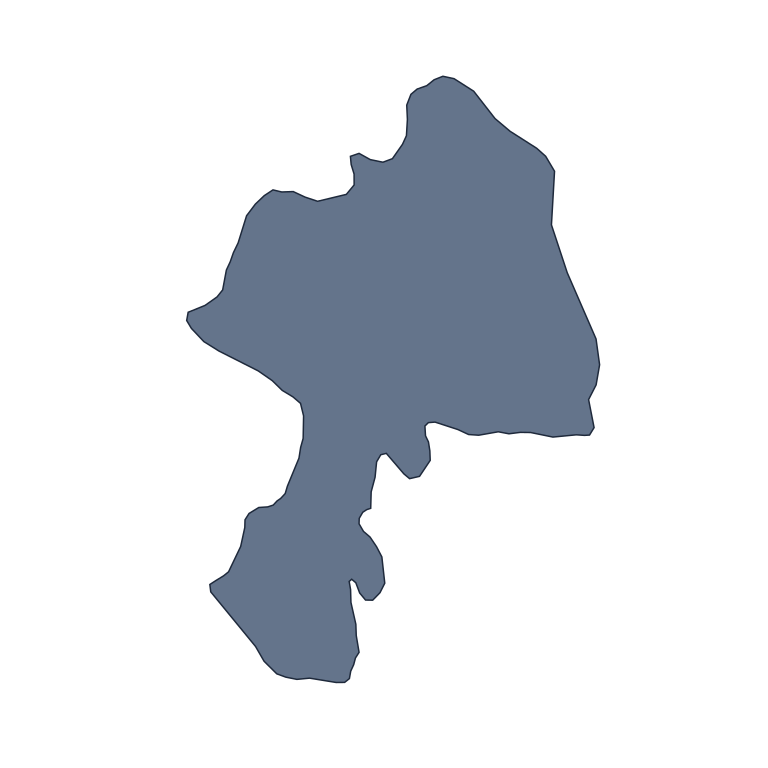 SVG path tracing the border of Dhamar, rotated 331°
{"feature_id": "YEM-153", "entity_name": "Dhamar", "entity_type": "Governorate", "adm_level": 1, "iso_a3": "YEM", "parent_name": "Yemen", "parent_adm1": "", "projection": "equal_earth", "projection_center": [44.123, 14.553], "detail": "fine", "context": "isolated", "style": "filled", "palette": "slate", "viewbox_px": 768, "rotation_deg": 331, "n_neighbors": 0, "source": "natural_earth", "source_scale": "10m", "svg_char_len": 1827}
<svg xmlns="http://www.w3.org/2000/svg" viewBox="0 0 768 768"><g transform="rotate(331 384 384)"><path d="M204.9,625.9L197.5,621.9L176.3,605.2L164.6,600.1L156.0,592.8L149.7,585.5L144.7,568.4L144.4,551.3L131.7,481.8L134.5,474.9L141.8,474.4L150.7,474.0L157.0,472.9L179.9,456.6L192.7,442.0L196.6,435.4L203.2,431.8L214.6,431.3L222.7,435.1L228.4,436.2L233.9,434.4L238.1,434.0L244.5,431.9L250.0,426.5L273.7,407.6L280.4,399.0L286.9,392.4L298.2,372.9L301.6,360.5L298.1,351.1L291.9,340.3L287.9,326.9L280.3,311.5L255.7,275.3L247.0,259.6L242.5,242.0L242.2,232.8L247.5,226.3L265.6,228.5L280.2,226.9L288.5,223.5L301.4,207.9L308.7,202.6L316.0,196.1L324.8,189.9L345.4,170.2L358.7,164.3L370.6,161.2L381.0,160.4L387.7,166.5L397.9,171.7L405.6,182.3L414.5,192.0L443.0,199.9L454.4,195.4L459.6,185.9L461.7,176.1L465.0,168.6L474.0,170.2L480.8,181.1L490.6,189.5L500.6,191.0L516.4,183.3L524.0,177.7L532.7,164.0L539.1,151.1L548.0,143.7L556.0,142.1L566.0,143.8L575.3,142.2L584.7,143.4L593.3,150.9L604.4,171.4L609.8,205.7L616.8,224.1L631.8,251.8L635.8,263.2L636.3,280.6L607.6,326.0L598.2,375.6L591.3,447.4L581.9,471.7L569.1,487.6L555.4,496.8L546.6,524.0L539.0,528.3L534.4,526.1L527.6,521.7L506.0,512.3L488.7,497.5L479.8,492.4L469.1,488.1L460.8,481.2L442.0,474.7L433.5,469.2L426.5,459.6L410.2,442.1L404.1,439.3L399.4,440.6L395.2,449.4L394.8,456.2L391.7,464.7L387.4,473.2L370.3,482.0L360.5,479.2L357.8,472.2L352.4,445.8L346.9,444.3L339.8,448.5L331.0,461.2L320.5,472.1L312.1,486.3L308.0,485.5L303.2,485.9L297.2,489.5L294.4,494.2L294.6,503.0L297.6,511.1L298.6,522.7L298.3,534.2L288.1,558.6L279.3,564.6L269.3,567.6L263.1,564.0L261.4,555.0L263.0,544.2L261.1,539.1L257.8,539.8L255.1,547.6L249.2,559.0L242.9,580.5L237.8,590.5L232.1,606.6L226.2,609.8L221.4,614.8L215.7,619.0L210.9,624.9L204.9,625.9Z" fill="#64748b" stroke="#1e293b" stroke-width="1.5"/></g></svg>